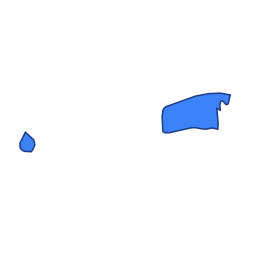 Ajman, Albers equal-area conic projection, rotated 157°
{"feature_id": "ARE-346", "entity_name": "Ajman", "entity_type": "Emirate", "adm_level": 1, "iso_a3": "ARE", "parent_name": "United Arab Emirates", "parent_adm1": "", "projection": "albers", "projection_center": [55.668, 25.371], "detail": "fine", "context": "isolated", "style": "filled", "palette": "blue", "viewbox_px": 256, "rotation_deg": 157, "n_neighbors": 0, "source": "natural_earth", "source_scale": "10m", "svg_char_len": 654}
<svg xmlns="http://www.w3.org/2000/svg" viewBox="0 0 256 256"><g transform="rotate(157 128 128)"><path d="M21.0,118.5L26.3,111.1L28.6,111.1L30.2,116.0L32.3,116.3L34.5,113.3L36.1,108.3L38.6,111.1L43.6,96.0L45.8,91.8L46.2,92.1L50.5,95.1L56.4,96.4L60.1,98.2L65.6,101.8L69.8,103.5L91.9,107.5L95.7,109.0L97.3,111.0L92.4,124.6L89.0,130.5L87.0,132.2L84.5,132.8L53.4,131.0L40.6,128.2L29.5,124.1L21.2,118.6L21.0,118.5ZM226.2,143.9L231.4,146.4L232.5,147.1L233.5,148.0L234.2,149.1L234.7,150.5L235.0,152.1L233.4,156.3L224.1,164.2L219.5,154.2L219.7,151.9L220.3,149.1L221.9,147.2L223.3,146.0L226.2,143.9Z" fill="#3b82f6" stroke="#1e3a8a" stroke-width="1.5"/></g></svg>